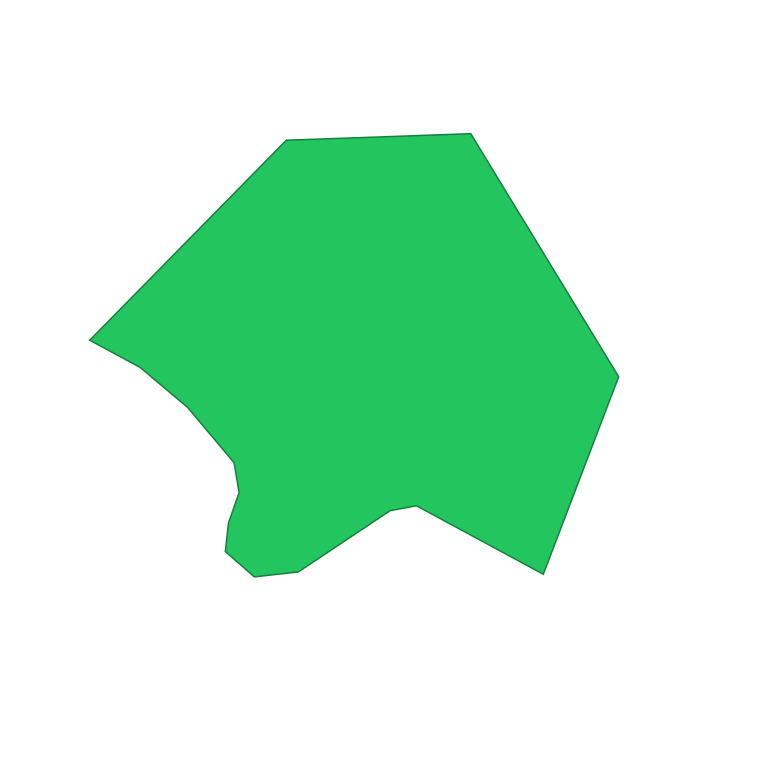 map outline of Limerick (Albers equal-area conic projection), rotated 229°
{"feature_id": "IRL-5570", "entity_name": "Limerick", "entity_type": "City", "adm_level": 1, "iso_a3": "IRL", "parent_name": "Ireland", "parent_adm1": "", "projection": "albers", "projection_center": [-8.613, 52.652], "detail": "fine", "context": "isolated", "style": "filled", "palette": "green", "viewbox_px": 768, "rotation_deg": 229, "n_neighbors": 0, "source": "natural_earth", "source_scale": "10m", "svg_char_len": 363}
<svg xmlns="http://www.w3.org/2000/svg" viewBox="0 0 768 768"><g transform="rotate(229 384 384)"><path d="M361.6,154.3L381.1,175.4L397.1,203.4L422.9,219.2L495.1,220.4L556.5,210.8L610.1,190.6L632.1,470.2L516.0,613.7L235.5,565.9L135.9,379.4L270.8,328.6L284.4,305.5L298.4,196.0L323.5,159.6L361.6,154.3Z" fill="#22c55e" stroke="#15803d" stroke-width="1.5"/></g></svg>